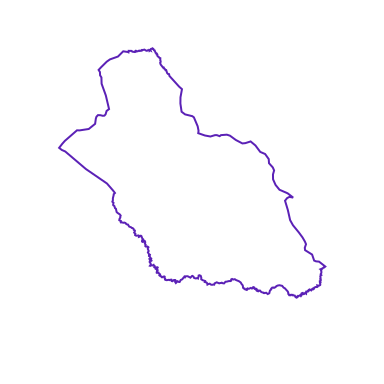 Uvira, Sud-Kivu, Democratic Republic of the Congo (Albers equal-area conic projection), rotated 139°
{"feature_id": "63176286B42701779698156", "entity_name": "Uvira", "entity_type": "district", "adm_level": 2, "iso_a3": "COD", "parent_name": "Democratic Republic of the Congo", "parent_adm1": "Sud-Kivu", "projection": "albers", "projection_center": [29.091, -3.199], "detail": "fine", "context": "isolated", "style": "outline", "palette": "violet", "viewbox_px": 384, "rotation_deg": 139, "n_neighbors": 0, "source": "geoboundaries", "source_scale": "gbopen_adm2", "svg_char_len": 6000}
<svg xmlns="http://www.w3.org/2000/svg" viewBox="0 0 384 384"><g transform="rotate(139 192 192)"><path d="M263.3,312.5L262.7,309.2L261.1,305.8L257.0,278.9L250.6,254.2L250.6,245.1L250.8,241.8L252.6,241.7L253.1,241.1L255.8,239.2L257.2,237.6L258.5,236.9L258.3,235.4L259.6,234.4L260.1,233.7L259.8,232.3L260.7,230.3L260.4,229.3L262.0,226.4L261.9,225.1L261.2,222.5L261.3,221.0L262.5,220.3L262.9,219.7L264.5,219.2L265.4,218.4L264.7,216.8L265.5,216.2L265.6,215.6L264.9,215.2L264.0,213.8L263.2,213.4L262.5,212.2L262.7,211.5L262.2,209.9L261.7,209.4L262.1,207.1L261.1,205.3L261.0,204.3L260.5,203.8L260.3,202.5L260.8,201.6L260.4,200.4L261.0,199.8L262.3,199.3L262.1,197.7L263.2,196.9L262.9,195.8L262.3,195.2L260.9,194.3L260.8,193.4L261.4,192.9L260.9,192.7L259.8,192.9L259.3,192.6L259.1,192.0L260.0,189.5L259.9,188.3L261.3,188.3L262.2,187.4L262.1,186.8L261.7,186.4L260.2,186.4L259.8,185.9L260.2,184.8L261.5,183.9L261.5,182.7L262.7,181.9L262.6,181.0L261.4,180.1L261.1,179.0L261.3,178.7L262.0,178.7L262.7,178.1L263.4,175.9L264.9,175.4L265.2,173.4L264.9,172.2L265.4,171.9L266.1,172.3L266.5,171.9L266.2,171.0L266.6,169.7L266.4,168.6L267.0,168.4L267.4,168.4L268.1,169.2L268.3,168.9L268.3,168.5L267.4,167.5L267.5,166.8L267.8,166.7L268.7,167.4L269.7,167.2L270.0,166.8L270.0,165.7L270.4,164.6L271.2,164.1L272.1,163.9L271.9,163.6L270.6,163.4L270.3,162.7L269.8,162.4L268.8,162.2L269.0,161.6L268.7,160.8L268.9,160.4L269.8,160.1L269.8,159.5L267.4,157.8L267.4,157.5L267.9,157.3L269.7,157.4L269.2,155.6L270.1,155.5L271.6,154.3L271.5,153.9L270.6,153.8L270.1,153.3L270.5,152.0L270.1,150.8L270.4,150.4L271.3,150.3L271.2,149.7L270.6,148.7L270.8,147.6L270.5,147.2L269.2,147.0L268.2,146.3L268.2,145.9L269.1,145.2L269.1,144.2L269.8,143.7L269.8,143.2L268.9,142.0L267.2,141.0L266.6,140.1L266.1,140.1L265.0,139.3L265.1,138.8L265.7,138.1L265.3,137.5L263.3,137.4L262.4,136.6L262.4,136.0L263.0,135.9L263.7,135.3L263.9,133.9L261.4,134.1L261.0,132.8L260.4,132.2L258.2,133.0L256.6,132.5L254.3,133.0L253.4,132.2L253.2,132.4L253.5,132.9L252.9,133.2L250.5,131.2L249.4,128.4L247.2,128.6L246.7,128.4L246.4,127.1L246.8,125.7L245.8,124.2L244.4,123.6L244.2,122.8L242.2,124.1L241.8,124.6L241.1,124.4L240.4,123.1L241.1,121.4L242.3,120.0L241.7,118.2L240.4,116.1L240.6,115.7L241.3,115.5L240.4,114.1L240.4,113.2L241.1,112.0L240.1,111.8L238.8,111.2L238.4,109.5L237.2,108.4L236.6,108.2L236.0,107.5L234.8,108.2L232.6,107.6L231.4,105.2L230.4,104.8L229.8,104.2L229.0,104.0L228.6,102.9L227.8,102.0L225.6,102.3L224.5,101.5L222.8,100.7L221.2,99.4L220.5,99.4L219.8,100.3L218.8,100.1L218.2,98.8L216.9,98.1L216.6,96.8L215.1,93.9L214.6,91.7L215.0,89.8L214.9,88.8L215.2,87.8L216.3,86.2L216.1,84.9L215.7,84.7L215.9,83.9L214.9,82.1L214.6,82.1L214.2,82.9L213.3,82.8L213.1,82.2L212.5,81.6L210.5,81.0L210.1,79.8L209.2,79.7L208.6,80.1L207.9,79.8L207.6,78.8L207.8,78.4L208.3,78.2L208.3,77.8L208.0,77.2L206.9,76.6L207.0,75.8L207.9,75.4L207.9,75.0L207.2,73.6L206.6,73.5L206.2,73.8L205.3,72.9L205.4,71.4L204.8,70.0L204.0,69.1L204.1,68.6L203.7,68.2L202.1,67.3L201.8,65.3L200.1,64.9L197.8,66.5L196.1,66.5L195.7,67.1L194.1,67.2L193.1,66.0L192.7,66.1L192.5,65.7L191.4,65.4L190.1,65.6L188.5,65.1L187.1,64.2L185.5,62.0L185.6,59.7L185.1,58.5L185.0,54.0L185.6,52.5L186.2,52.0L186.0,50.6L186.3,50.3L185.7,49.6L185.1,49.7L184.7,49.4L184.1,49.0L184.1,48.3L183.4,48.1L183.4,47.6L182.4,46.4L182.8,44.9L182.6,44.2L182.0,44.6L181.8,44.4L182.1,43.9L181.8,43.5L181.0,43.5L180.2,44.0L179.8,43.5L178.1,43.2L178.1,42.3L177.5,42.6L177.3,42.2L176.0,42.9L176.4,43.2L176.0,43.6L175.2,43.5L174.6,43.2L174.8,42.3L174.6,42.1L174.9,41.8L174.6,41.6L174.2,42.0L173.8,41.6L173.0,41.6L173.2,41.3L172.8,41.1L172.6,40.4L171.1,41.9L170.4,41.4L170.0,41.4L170.1,41.0L169.5,40.7L168.9,40.8L168.7,41.3L168.3,41.3L168.1,41.5L167.4,41.4L167.4,40.9L166.9,40.7L166.6,39.6L165.5,40.0L164.8,39.1L164.5,39.1L164.2,39.5L163.9,39.2L163.6,39.6L163.0,39.2L162.5,39.6L161.0,39.2L160.1,38.3L159.6,38.1L159.2,38.2L158.7,39.3L157.6,38.0L156.3,37.7L155.7,38.2L155.1,39.4L154.5,39.4L154.5,40.3L154.0,40.9L153.0,40.6L152.7,41.0L152.4,41.8L152.1,41.7L151.9,42.0L152.1,42.4L150.8,43.4L150.6,44.1L149.6,44.7L148.9,44.5L148.8,45.6L147.4,46.1L146.4,47.3L146.3,47.8L145.8,48.1L145.8,48.9L145.2,48.8L145.4,49.3L143.5,48.7L142.0,48.7L141.7,48.3L140.3,48.3L141.8,56.1L143.9,58.3L144.8,60.1L142.4,66.0L144.8,73.9L143.5,75.9L140.2,77.8L139.3,80.5L138.4,85.2L137.9,91.3L137.6,100.7L136.4,106.4L131.5,115.5L127.5,124.4L124.2,125.0L121.7,124.4L119.3,121.4L120.7,128.3L124.5,136.3L124.3,142.5L122.5,148.4L119.4,152.1L115.9,154.4L114.9,157.5L115.0,163.2L112.5,166.5L111.9,172.7L114.2,177.5L113.6,185.5L114.6,191.7L119.7,193.9L122.1,195.6L124.8,202.5L126.4,209.6L128.1,212.4L132.8,215.9L134.5,216.0L136.0,218.7L137.3,219.8L141.7,221.8L145.2,226.2L148.7,232.3L146.9,233.9L144.6,237.9L141.6,247.1L142.0,249.0L146.3,255.1L147.2,259.4L142.7,266.4L138.6,271.0L132.1,276.2L132.6,279.9L132.9,294.4L132.0,296.0L132.7,296.9L132.7,298.2L131.5,300.9L132.1,301.3L131.8,302.7L132.0,303.6L132.3,304.0L132.2,304.4L131.7,304.3L131.6,304.6L132.2,305.5L132.0,308.8L131.3,310.4L130.7,310.5L129.8,311.3L129.7,312.0L128.1,313.8L128.6,314.6L128.5,315.6L128.9,316.9L128.7,317.6L128.1,318.3L128.4,318.9L128.1,319.1L128.3,319.3L127.8,320.1L128.2,320.8L127.3,323.4L127.7,323.9L127.3,325.3L127.5,326.1L128.0,325.9L128.5,326.7L129.2,326.9L130.3,326.5L130.4,326.2L130.5,326.5L131.4,326.5L131.1,327.0L131.2,327.4L131.7,327.3L132.4,328.0L133.3,328.1L133.8,328.6L134.5,330.7L135.9,331.4L136.4,331.9L136.8,331.7L137.0,332.1L138.0,332.0L138.5,332.9L139.1,332.9L139.6,333.6L140.7,333.8L141.3,334.4L141.7,335.5L142.1,335.6L142.6,334.8L143.3,335.1L145.0,337.1L145.0,338.1L147.2,340.1L148.3,339.1L148.6,339.8L151.6,343.3L159.0,342.8L166.9,345.9L170.8,346.3L178.7,345.8L182.4,345.4L182.8,342.9L184.8,340.4L185.2,337.9L189.2,333.0L193.7,321.4L200.2,309.0L203.3,309.2L206.3,307.3L208.0,307.1L209.3,308.0L210.7,310.0L212.5,311.7L214.7,311.5L216.4,310.5L220.4,307.0L228.6,307.3L236.5,312.3L238.3,314.0L254.4,314.0L258.2,313.5L263.3,312.5Z" fill="none" stroke="#5b21b6" stroke-width="2"/></g></svg>